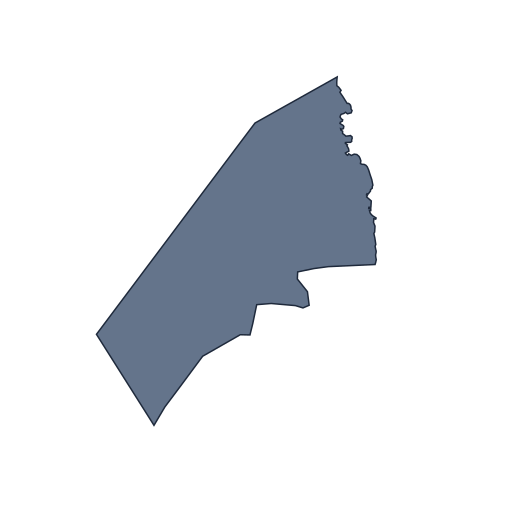 Negerubesang, Melekeok, Palau (Albers equal-area conic projection), rotated 295°
{"feature_id": "81905179B88331309358666", "entity_name": "Negerubesang", "entity_type": "district", "adm_level": 2, "iso_a3": "PLW", "parent_name": "Palau", "parent_adm1": "Melekeok", "projection": "albers", "projection_center": [134.627, 7.491], "detail": "fine", "context": "isolated", "style": "filled", "palette": "slate", "viewbox_px": 512, "rotation_deg": 295, "n_neighbors": 0, "source": "geoboundaries", "source_scale": "gbopen_adm2", "svg_char_len": 1776}
<svg xmlns="http://www.w3.org/2000/svg" viewBox="0 0 512 512"><g transform="rotate(295 256 256)"><path d="M343.6,192.0L117.6,144.5L60.4,233.6L59.4,235.1L80.7,237.2L107.3,242.8L142.6,250.0L178.0,275.0L181.9,283.9L193.5,281.6L212.2,277.2L219.4,289.9L227.7,312.7L228.8,320.5L233.8,325.0L245.4,317.7L252.6,303.2L259.2,300.5L269.1,313.8L276.9,326.0L298.6,367.5L300.7,367.2L303.4,366.6L305.8,364.9L307.6,363.9L309.8,363.4L311.3,362.8L312.2,362.0L315.2,359.8L317.1,359.7L322.7,356.0L326.2,353.3L327.9,353.4L331.2,352.1L333.4,351.2L336.1,348.3L338.4,347.5L339.5,347.0L340.0,348.9L341.2,348.8L341.7,345.0L342.3,343.0L343.3,341.2L345.1,339.7L345.7,340.8L347.3,340.1L346.6,338.1L347.8,337.7L348.8,339.5L354.6,337.2L356.3,331.3L358.0,331.3L358.1,330.3L359.4,330.3L359.6,331.5L363.2,332.3L364.6,331.8L366.5,332.7L368.3,332.0L369.6,332.0L374.1,328.7L378.5,324.5L381.4,321.9L383.8,319.2L384.7,317.2L384.7,315.1L383.9,313.3L383.9,311.6L386.6,310.8L388.5,309.0L389.8,307.3L390.6,304.5L389.8,301.9L387.4,299.9L387.8,296.8L386.0,296.5L386.2,295.1L387.1,293.5L388.4,294.4L390.3,295.9L392.2,294.7L393.3,293.3L394.3,291.8L395.4,291.9L395.8,289.4L396.6,289.1L397.2,290.1L399.0,293.7L400.4,294.3L401.6,293.6L403.1,293.5L404.6,292.7L405.1,290.7L404.1,289.3L402.6,286.8L403.1,285.2L403.6,282.7L405.7,281.8L406.0,279.7L407.1,278.9L407.1,280.1L408.4,281.4L410.6,280.8L411.1,279.9L411.6,276.1L412.9,275.9L414.7,277.3L416.1,277.0L416.3,275.5L417.5,273.4L418.7,273.2L420.3,273.2L422.3,275.4L424.1,276.4L423.5,278.8L426.0,281.8L428.4,281.6L429.4,280.0L431.2,279.1L432.6,277.9L433.3,276.4L433.4,275.2L432.8,274.1L437.2,267.3L438.6,264.9L439.9,262.8L442.1,263.1L443.9,259.7L444.5,257.3L447.5,255.8L450.3,254.7L452.6,253.9L376.1,198.9L343.6,192.0Z" fill="#64748b" stroke="#1e293b" stroke-width="1.5"/></g></svg>